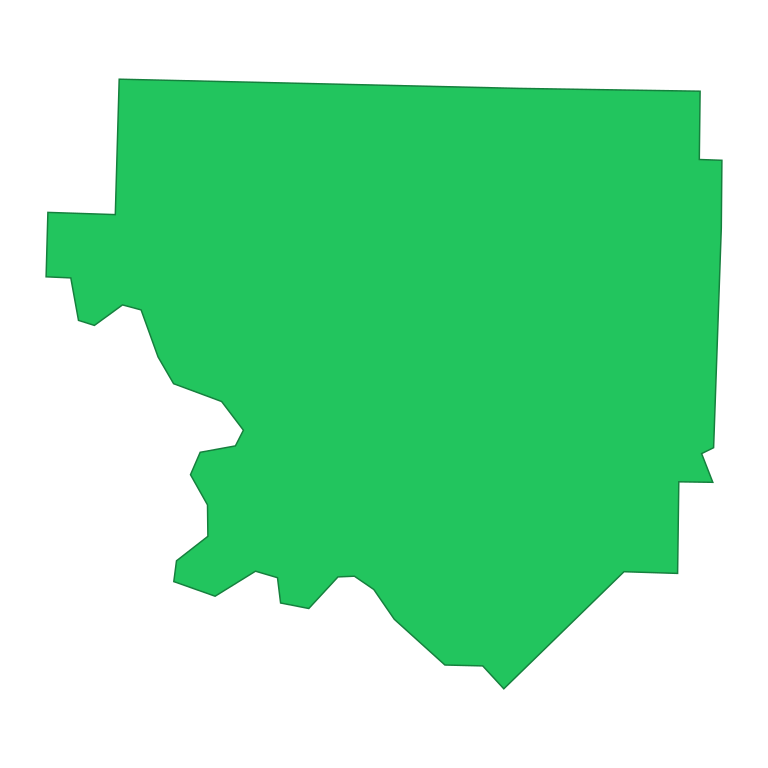 the district of Izard, Arkansas, United States of America
{"feature_id": "52423323B90005102118407", "entity_name": "Izard", "entity_type": "district", "adm_level": 2, "iso_a3": "USA", "parent_name": "United States of America", "parent_adm1": "Arkansas", "projection": "albers", "projection_center": [-91.982, 36.064], "detail": "fine", "context": "isolated", "style": "filled", "palette": "green", "viewbox_px": 768, "rotation_deg": 0, "n_neighbors": 0, "source": "geoboundaries", "source_scale": "gbopen_adm2", "svg_char_len": 651}
<svg xmlns="http://www.w3.org/2000/svg" viewBox="0 0 768 768"><path d="M119.2,79.2L115.3,214.6L47.9,212.4L46.1,276.8L70.8,277.9L78.5,320.4L94.4,325.4L122.5,304.9L141.1,309.9L158.1,357.0L173.6,383.7L221.6,401.5L243.4,430.2L235.4,445.9L200.2,452.3L190.5,474.7L207.5,504.9L207.9,536.3L176.5,560.8L173.8,581.6L215.1,596.2L255.5,571.2L277.5,577.7L280.6,603.0L308.8,608.5L338.0,576.9L354.4,576.2L373.8,589.5L394.3,619.3L444.9,665.0L482.7,665.9L503.8,688.8L624.0,571.7L677.6,573.4L678.8,481.8L712.8,482.3L701.6,453.6L713.6,447.7L721.3,228.1L721.9,160.3L699.3,159.5L700.1,91.2L519.1,88.4L119.2,79.2Z" fill="#22c55e" stroke="#15803d" stroke-width="1.5"/></svg>